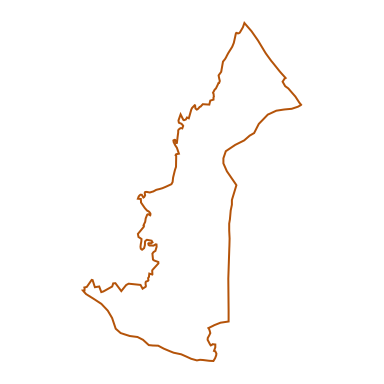 Gboe-Ploe, Grand Gedeh, Liberia
{"feature_id": "62588387B47381315935072", "entity_name": "Gboe-Ploe", "entity_type": "district", "adm_level": 2, "iso_a3": "LBR", "parent_name": "Liberia", "parent_adm1": "Grand Gedeh", "projection": "equal_earth", "projection_center": [-8.826, 6.021], "detail": "fine", "context": "isolated", "style": "outline", "palette": "amber", "viewbox_px": 384, "rotation_deg": 0, "n_neighbors": 0, "source": "geoboundaries", "source_scale": "gbopen_adm2", "svg_char_len": 4149}
<svg xmlns="http://www.w3.org/2000/svg" viewBox="0 0 384 384"><path d="M244.4,23.0L242.9,27.3L240.1,32.1L239.7,32.7L238.7,33.3L237.9,33.4L237.5,33.3L236.9,32.9L236.3,32.9L235.9,33.4L235.6,34.7L235.3,36.2L233.8,42.9L232.2,46.8L228.2,53.2L226.6,56.2L226.3,56.9L225.1,59.0L223.0,61.6L221.2,71.8L221.0,72.1L219.9,73.6L218.8,75.1L218.6,75.4L219.2,78.5L219.8,81.0L219.1,83.0L218.4,83.1L217.9,84.4L215.9,88.5L214.7,89.6L213.0,92.8L213.5,93.7L213.6,94.0L213.8,96.3L213.9,96.6L213.5,97.4L213.5,99.6L210.3,100.6L209.9,102.1L209.3,104.6L202.8,104.2L201.3,105.8L200.6,106.6L199.7,106.9L198.2,108.7L197.2,109.4L196.8,109.6L195.5,108.5L195.3,107.5L195.1,105.4L194.7,105.2L192.1,107.9L191.4,109.3L191.3,109.5L188.8,118.3L187.8,117.9L187.0,117.5L185.8,119.5L184.5,120.0L184.0,120.2L183.3,119.8L182.4,118.0L181.1,115.4L180.6,114.4L178.5,120.4L178.5,120.8L178.9,122.7L181.5,123.8L183.0,125.5L183.2,125.9L182.3,128.3L182.1,128.2L180.4,128.2L178.6,129.6L178.2,130.6L178.2,132.5L177.7,136.1L176.9,142.9L176.4,143.0L175.1,139.9L174.8,139.8L173.5,140.3L173.4,140.4L173.7,142.2L175.3,145.4L176.9,147.8L178.9,153.7L178.4,153.8L176.3,154.2L176.1,154.3L175.6,155.2L176.1,155.7L176.2,156.0L176.0,166.9L175.0,169.8L174.3,172.6L173.1,177.6L172.6,182.0L171.8,183.5L171.5,184.0L171.4,184.2L166.4,186.5L164.8,187.2L162.4,188.2L161.4,188.5L159.3,189.1L157.5,189.5L156.1,189.9L154.5,190.8L153.2,191.5L152.7,191.6L149.8,192.5L146.6,191.9L145.2,192.0L144.7,193.0L145.0,194.7L145.1,195.3L144.2,197.0L143.4,197.5L142.8,196.6L141.8,194.8L140.5,194.7L139.5,195.5L138.7,196.5L137.9,198.7L140.8,199.0L141.0,201.6L141.0,202.5L142.7,205.0L144.7,207.9L145.2,208.5L147.3,210.8L148.4,211.2L149.4,212.1L150.4,213.5L150.4,213.8L150.4,214.9L150.2,215.3L149.5,214.9L148.1,214.2L147.2,214.7L146.7,215.9L145.7,218.4L145.2,221.8L143.9,224.5L143.5,225.5L144.0,226.0L143.5,227.2L142.6,228.2L141.0,230.2L137.9,233.9L138.5,237.0L139.9,237.9L141.5,239.0L141.3,241.6L141.2,242.1L140.8,244.1L140.5,246.8L140.8,248.7L141.8,249.6L142.2,249.7L144.1,248.1L144.9,245.1L145.0,241.7L145.5,240.8L146.9,239.8L151.6,240.7L152.5,242.3L151.0,243.3L150.9,243.3L150.7,243.2L148.6,243.2L148.3,243.6L148.6,244.9L149.4,245.5L153.6,245.6L155.7,244.3L156.5,244.5L156.5,244.8L156.6,246.8L155.4,250.9L153.6,252.0L152.4,253.6L153.0,259.6L154.2,260.5L158.3,262.0L158.4,263.4L152.5,269.9L152.2,270.6L152.2,270.8L152.4,274.3L152.3,274.5L150.9,274.1L149.3,273.6L149.0,276.2L149.0,276.8L148.1,278.1L148.3,279.5L148.4,280.3L147.9,280.9L146.0,281.6L145.7,282.1L145.6,282.3L145.6,284.4L145.9,286.0L145.6,286.8L144.3,287.6L142.6,288.7L140.8,285.4L140.5,284.9L139.4,284.8L131.7,284.0L128.6,283.7L126.2,285.0L124.8,286.7L121.3,291.1L115.4,283.2L113.2,283.4L112.6,285.3L112.2,286.5L103.3,291.5L101.3,292.1L99.2,286.5L94.9,287.2L94.3,285.4L92.6,280.1L92.1,280.0L91.7,279.9L86.8,286.9L84.4,287.5L84.6,288.0L84.5,290.4L83.8,290.4L82.9,290.5L84.6,292.5L86.2,294.2L93.0,298.4L101.4,303.9L107.8,310.7L112.1,318.0L115.7,328.7L120.7,333.1L129.7,336.0L137.5,337.0L143.0,339.8L148.8,345.1L152.7,345.5L158.2,345.7L163.9,348.7L170.1,351.3L172.1,352.1L173.6,352.7L181.2,354.3L186.4,356.6L191.2,358.8L196.9,360.4L200.0,359.8L202.9,360.0L209.3,360.8L213.4,361.0L215.1,358.2L216.2,355.3L216.4,353.6L215.3,351.3L214.0,350.9L215.3,347.3L215.3,344.5L212.6,344.2L211.6,345.1L210.7,345.4L209.7,343.8L208.9,342.2L207.6,339.8L207.8,337.9L209.1,335.6L210.3,333.1L209.7,330.8L209.1,329.1L208.4,328.1L213.5,325.6L214.2,325.2L215.2,324.8L220.5,322.7L228.6,321.5L228.6,311.1L228.3,278.6L228.5,272.6L229.3,248.3L229.4,246.0L229.6,238.6L229.2,230.6L229.2,225.9L229.2,223.5L229.9,219.5L230.7,210.5L231.9,204.7L231.9,200.0L236.4,185.2L235.5,183.8L226.9,171.3L223.4,163.4L223.4,159.5L223.4,158.3L225.8,151.2L235.2,144.9L242.0,141.5L244.2,140.4L249.7,135.6L250.6,135.1L253.0,133.7L254.1,133.1L258.8,123.9L262.6,120.0L267.8,114.6L268.7,114.2L276.3,110.7L283.5,109.6L285.1,109.4L291.7,108.8L298.0,106.7L300.8,105.1L301.1,104.8L299.3,102.6L295.4,96.6L291.9,92.6L288.3,88.4L285.2,86.2L282.6,81.7L284.6,78.6L285.6,78.0L281.1,73.0L279.8,71.5L272.1,61.9L271.4,61.1L267.6,55.9L265.8,53.4L264.2,50.8L258.0,40.5L251.5,31.2L244.4,23.0Z" fill="none" stroke="#b45309" stroke-width="2"/></svg>